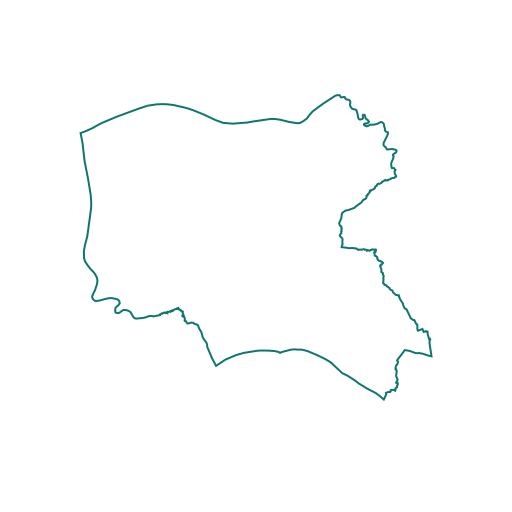 outline of Phu Wiang, Khon Kaen, Thailand, rotated 250°
{"feature_id": "78962969B4805162341011", "entity_name": "Phu Wiang", "entity_type": "district", "adm_level": 2, "iso_a3": "THA", "parent_name": "Thailand", "parent_adm1": "Khon Kaen", "projection": "robinson", "projection_center": [102.416, 16.673], "detail": "fine", "context": "isolated", "style": "outline", "palette": "teal", "viewbox_px": 512, "rotation_deg": 250, "n_neighbors": 0, "source": "geoboundaries", "source_scale": "gbopen_adm2", "svg_char_len": 6104}
<svg xmlns="http://www.w3.org/2000/svg" viewBox="0 0 512 512"><g transform="rotate(250 256 256)"><path d="M101.7,386.6L114.6,389.2L118.0,390.6L118.0,391.1L118.9,391.1L118.9,390.3L123.4,390.5L126.3,391.3L126.7,390.7L126.9,389.6L127.3,389.6L127.3,387.6L130.5,387.4L130.4,382.7L130.7,382.5L132.3,382.7L136.3,384.1L138.1,383.2L141.5,382.9L141.5,382.5L142.1,381.9L144.3,380.2L154.6,379.2L155.8,377.8L158.9,377.5L161.0,377.8L166.6,376.5L168.2,376.7L168.8,376.3L170.2,376.8L171.6,374.1L175.0,372.3L176.8,372.4L178.5,370.7L180.4,370.5L180.5,370.1L181.8,369.5L182.8,368.5L183.7,368.5L184.1,368.2L185.1,366.8L186.4,366.8L187.0,366.2L190.9,368.0L191.9,368.1L193.5,369.2L194.9,368.9L196.5,369.4L198.2,368.3L200.4,369.3L202.4,369.1L203.2,369.4L204.1,369.1L204.9,369.9L204.9,371.0L205.4,371.2L205.3,371.8L206.1,373.0L207.1,372.6L208.7,371.2L208.8,370.6L209.4,370.0L210.7,369.2L212.1,369.3L212.6,369.1L213.0,369.4L213.7,369.5L214.5,369.1L215.2,368.1L216.0,367.7L217.4,368.2L218.6,368.1L219.5,368.9L219.0,369.7L220.7,370.9L221.2,370.7L221.3,369.7L222.3,367.9L222.2,367.6L222.5,366.7L222.3,366.2L222.5,365.8L222.1,365.0L222.1,364.4L223.0,363.5L223.0,362.9L223.2,363.1L223.9,362.2L224.5,361.1L224.5,360.5L225.3,360.0L225.6,359.5L225.8,357.5L226.6,355.6L226.7,354.2L227.6,353.8L227.8,353.3L228.5,353.1L229.1,352.2L230.6,349.1L231.5,346.1L233.0,343.5L235.0,339.5L236.7,340.5L237.2,341.3L239.9,342.0L241.9,343.0L243.2,343.1L245.4,341.9L246.6,341.7L247.9,343.2L248.2,344.0L249.5,344.2L250.0,345.0L251.5,345.1L251.7,345.6L252.6,346.1L253.5,345.8L254.0,346.1L254.7,346.2L255.9,345.3L258.2,345.3L262.7,349.3L265.6,350.7L267.0,351.8L268.1,355.8L267.6,358.2L267.6,365.0L268.3,366.5L270.3,373.4L271.6,375.2L272.2,376.7L272.1,378.2L272.5,379.0L273.4,380.0L274.8,380.4L274.9,381.4L275.3,381.5L275.6,382.4L276.1,382.6L276.6,384.3L277.5,384.7L277.7,385.6L278.5,385.7L278.4,387.6L278.6,389.5L278.9,390.0L278.8,390.3L279.4,391.2L280.5,391.8L280.6,393.2L281.0,393.8L281.4,393.9L281.8,394.4L282.0,395.0L282.1,395.7L281.6,396.4L281.6,397.0L282.0,399.3L282.7,399.8L282.6,401.5L283.0,402.2L283.3,403.3L282.4,404.1L282.1,405.4L282.3,405.6L282.1,406.1L282.4,406.4L282.2,408.6L282.7,409.7L282.6,411.3L282.3,411.7L282.1,412.7L282.6,413.4L282.5,414.4L283.0,415.0L284.2,415.0L285.3,414.6L287.2,414.8L288.2,415.2L289.2,416.5L289.8,416.0L291.3,415.9L292.2,413.8L293.3,413.8L296.1,414.4L297.5,415.2L300.8,418.4L302.2,419.0L302.7,419.5L303.5,419.1L304.2,419.3L304.8,420.1L305.3,422.8L306.0,423.6L306.9,424.1L307.9,423.7L310.0,420.6L311.2,415.7L311.7,415.3L313.7,415.2L314.4,414.6L316.3,413.8L317.5,414.0L318.8,414.8L324.6,420.9L326.1,422.0L327.1,422.2L328.5,420.6L329.9,420.1L332.0,420.8L333.6,420.7L335.7,421.2L336.7,421.2L338.4,420.3L339.1,419.4L339.2,418.7L338.7,414.8L339.2,411.4L340.2,408.6L339.9,405.0L340.1,404.2L341.6,402.7L342.4,402.3L343.0,402.6L343.2,404.0L342.7,405.2L342.7,406.6L342.9,407.4L343.6,408.1L345.8,407.4L346.6,406.7L348.0,406.1L351.1,406.4L351.9,405.8L352.0,405.0L351.8,404.6L351.2,404.2L349.0,403.8L348.4,403.0L348.6,400.7L349.1,399.7L349.8,399.4L350.8,399.3L354.7,400.0L358.8,400.2L359.3,399.9L361.3,396.9L361.9,396.5L364.0,395.9L366.0,396.0L368.0,397.2L369.7,397.4L371.0,396.7L372.3,394.4L372.8,394.0L373.3,393.8L374.4,393.9L375.1,393.6L375.4,393.2L375.6,391.3L376.0,390.1L378.5,389.6L379.3,387.5L379.5,385.4L376.3,371.6L372.6,358.9L370.3,354.6L367.8,350.8L366.7,347.1L366.2,344.7L366.0,342.8L366.4,340.7L370.5,333.2L375.7,325.5L378.3,320.6L379.7,317.0L383.4,299.3L384.4,293.4L388.4,279.2L392.4,270.6L397.7,264.3L406.6,255.5L413.6,247.8L416.9,243.8L419.3,240.6L426.1,230.1L428.7,224.9L430.6,220.4L432.6,214.0L434.3,205.6L434.6,195.6L434.5,172.2L433.7,156.0L432.1,145.8L431.6,139.4L431.5,133.2L421.4,131.6L403.4,127.3L386.6,124.7L370.6,121.7L363.4,119.7L359.4,118.3L356.0,116.7L332.2,104.2L325.3,99.4L319.9,96.1L313.0,93.7L309.3,93.6L305.5,94.4L300.8,95.9L296.2,97.9L293.6,98.7L289.6,99.1L286.6,98.4L283.7,96.8L278.8,92.9L276.5,90.4L274.2,88.3L273.0,87.9L271.0,88.1L269.2,89.1L268.4,90.0L267.7,93.6L267.1,100.8L266.4,104.4L265.4,106.8L262.9,110.7L262.1,111.4L260.2,112.1L258.0,111.7L256.9,109.9L255.9,107.3L255.2,106.2L253.5,105.2L251.7,104.7L250.8,104.8L249.7,106.3L249.4,107.4L249.5,108.5L250.6,112.5L250.5,113.6L249.1,116.2L247.9,117.6L246.1,118.9L240.4,119.9L239.2,120.6L238.2,121.9L236.5,128.3L236.1,131.1L236.1,135.1L235.4,137.4L234.3,139.1L233.3,145.7L234.0,146.0L233.9,146.6L234.3,147.7L234.0,147.9L233.9,148.3L234.2,148.7L234.0,149.9L234.3,150.5L234.1,151.1L233.3,151.4L233.3,152.3L232.6,153.1L233.9,153.6L233.2,155.0L233.4,156.1L232.8,156.6L233.4,157.1L233.5,158.1L232.8,158.5L232.7,158.8L233.0,159.3L233.5,159.2L233.4,160.1L233.7,161.3L233.4,163.2L233.8,163.7L233.8,165.1L232.7,164.9L232.5,165.6L231.9,165.6L231.2,166.0L231.0,166.6L230.6,166.7L230.4,167.0L230.0,166.9L228.8,168.2L227.9,167.6L227.0,167.9L226.2,167.2L225.7,167.1L225.1,167.5L224.9,166.2L224.7,166.2L224.0,166.7L224.1,167.3L222.9,167.8L221.1,167.7L220.2,167.0L219.5,166.8L219.1,167.0L218.7,167.9L217.2,168.0L216.0,168.5L215.8,169.2L215.5,172.7L214.6,174.3L213.5,174.8L212.8,175.5L212.1,176.9L211.0,177.4L210.7,177.8L207.0,177.8L203.3,178.6L198.2,178.2L195.7,178.5L191.3,179.8L189.4,179.7L187.3,179.1L175.1,179.7L166.4,180.9L169.1,191.8L169.7,203.3L169.1,211.5L166.6,224.5L165.5,228.3L162.9,235.2L160.2,241.2L158.5,243.8L157.5,245.0L156.7,245.5L156.9,246.1L156.8,249.1L156.0,257.0L154.9,260.9L154.0,262.5L152.9,265.7L151.9,267.7L149.2,271.7L142.4,279.1L135.4,285.9L131.6,289.0L129.5,290.4L116.5,296.9L112.1,301.2L105.3,306.3L101.1,309.0L93.5,315.0L86.2,321.7L82.3,324.3L77.4,327.0L81.5,331.1L82.9,331.3L83.0,333.1L82.7,334.3L82.8,334.6L82.3,335.6L82.8,336.2L83.0,336.1L83.9,336.9L83.4,338.9L82.8,340.1L81.8,340.7L82.2,341.1L84.0,341.8L84.4,343.6L85.4,344.1L86.1,344.2L86.5,345.1L87.8,345.7L88.3,345.7L88.8,344.4L89.1,344.4L89.8,345.0L90.7,346.3L91.5,346.8L95.4,346.6L99.6,348.9L100.6,348.7L101.6,349.0L101.9,348.4L102.4,348.5L104.9,350.0L106.0,351.9L108.2,353.4L109.1,352.9L109.8,353.0L116.7,363.7L114.2,368.0L110.3,372.6L109.4,374.5L109.0,376.3L108.2,377.3L107.3,379.1L102.9,384.6L101.7,386.6Z" fill="none" stroke="#0f766e" stroke-width="2"/></g></svg>